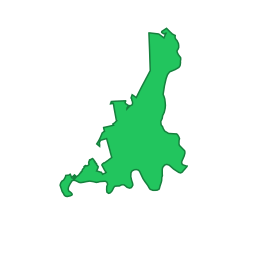 Horia, Neamt, Romania (Albers equal-area conic projection), rotated 57°
{"feature_id": "2599482B76936506644136", "entity_name": "Horia", "entity_type": "district", "adm_level": 2, "iso_a3": "ROU", "parent_name": "Romania", "parent_adm1": "Neamt", "projection": "albers", "projection_center": [26.909, 46.892], "detail": "fine", "context": "isolated", "style": "filled", "palette": "green", "viewbox_px": 256, "rotation_deg": 57, "n_neighbors": 0, "source": "geoboundaries", "source_scale": "gbopen_adm2", "svg_char_len": 5708}
<svg xmlns="http://www.w3.org/2000/svg" viewBox="0 0 256 256"><g transform="rotate(57 128 128)"><path d="M194.4,133.1L191.4,129.4L190.3,128.3L187.8,126.5L186.7,125.1L185.2,124.3L181.5,121.9L180.0,120.5L179.0,117.5L179.6,115.3L181.6,113.7L183.3,113.2L187.3,112.1L192.9,109.6L193.7,108.9L194.3,108.4L194.5,107.3L194.5,106.3L193.9,104.7L193.4,102.6L193.2,102.3L193.1,101.8L192.6,100.0L192.3,99.3L192.2,99.2L192.1,99.4L189.0,101.9L187.3,102.3L186.0,101.7L185.1,100.8L182.1,96.2L180.1,94.0L178.8,93.2L178.0,92.9L170.5,94.4L168.9,93.8L166.2,91.9L165.0,90.6L163.0,90.2L160.9,90.1L159.5,90.4L154.7,96.9L150.6,98.9L147.7,98.8L145.7,98.3L143.4,98.5L140.4,97.0L138.6,94.1L136.5,92.2L134.6,89.1L131.8,86.2L129.4,84.3L127.0,83.0L123.8,81.4L121.4,80.7L118.9,80.2L112.4,74.4L107.2,69.0L104.8,65.8L103.6,62.6L104.7,56.5L104.9,52.6L104.7,51.8L104.5,51.3L104.3,50.9L103.9,50.3L103.6,49.9L103.0,49.4L101.8,48.4L100.9,47.9L100.6,47.7L99.9,47.1L98.9,46.2L97.5,45.5L95.8,45.7L93.8,45.8L91.9,45.6L90.3,45.1L89.7,44.5L89.3,43.4L88.2,41.7L86.7,40.7L85.1,39.9L84.6,39.7L82.0,39.4L81.5,39.3L81.1,39.3L80.5,39.5L79.8,39.6L78.9,39.5L78.2,39.4L77.5,39.1L77.2,38.9L76.5,38.3L76.1,38.0L75.0,38.7L73.7,39.4L73.1,39.7L72.0,39.9L71.1,40.2L65.4,41.4L65.4,45.0L65.4,46.8L65.4,47.0L65.8,47.5L66.1,47.7L66.6,47.6L67.8,47.1L68.3,46.8L68.8,46.4L68.9,45.8L69.0,45.0L69.1,44.5L69.2,44.4L70.0,45.9L70.7,46.8L72.0,48.8L66.2,50.9L65.9,51.1L65.7,51.3L65.4,51.6L64.8,52.3L60.6,57.4L60.2,57.8L59.7,58.7L74.3,67.4L82.4,72.3L92.0,78.1L95.7,84.7L96.0,85.3L96.5,86.2L97.6,88.1L97.7,88.3L100.4,93.2L101.0,94.3L104.8,100.8L105.8,102.4L105.9,102.7L106.6,103.8L107.0,104.5L103.0,106.1L102.4,106.4L102.5,106.5L103.1,107.4L103.4,107.7L104.5,109.1L105.2,109.0L105.6,109.1L105.8,109.1L106.2,109.4L106.6,109.6L107.8,109.8L108.8,110.1L109.1,110.3L109.7,110.7L110.2,111.1L110.6,111.6L110.7,111.8L110.8,112.4L110.7,112.8L110.7,113.1L110.6,113.4L110.6,114.0L110.6,114.4L110.6,114.8L110.9,115.9L111.0,116.7L111.1,117.0L111.5,118.6L111.2,118.4L111.0,118.2L111.0,117.9L110.5,117.6L110.6,117.3L110.4,117.1L110.3,116.9L110.5,116.8L110.5,116.7L110.1,115.9L109.8,115.9L109.8,115.4L109.8,115.1L109.9,114.7L109.6,115.0L109.1,115.6L108.0,116.0L107.5,116.2L107.0,116.5L106.7,116.6L106.3,116.6L105.9,116.7L105.2,116.6L104.9,116.4L104.6,116.0L104.2,115.3L103.9,115.2L101.4,119.4L98.8,123.8L97.0,127.0L96.7,127.6L97.0,127.8L97.4,127.9L97.8,127.7L98.0,127.8L98.0,128.0L97.6,128.7L97.6,128.9L97.9,129.1L98.0,129.3L98.2,129.5L98.3,129.2L98.6,128.6L99.4,127.0L101.6,127.8L102.6,128.3L104.9,129.3L114.8,133.4L115.1,133.5L115.3,133.5L115.7,133.4L116.1,135.2L116.3,136.0L116.4,136.5L116.4,137.8L116.4,138.5L117.8,138.6L115.9,144.0L114.3,148.2L114.4,148.3L118.0,149.5L117.9,150.2L118.0,151.3L118.1,152.0L118.2,152.6L118.7,153.1L119.4,154.2L119.5,154.3L121.1,156.7L122.4,158.9L123.2,160.5L124.3,162.9L127.9,161.8L127.1,161.2L125.8,160.5L125.2,160.3L124.8,160.1L124.5,159.7L124.3,159.3L124.0,158.8L123.6,158.2L123.3,157.9L124.5,154.0L125.0,152.5L125.2,151.7L134.7,154.7L137.6,155.6L138.9,156.1L143.9,157.7L144.1,160.1L144.1,160.7L144.3,162.5L144.3,164.3L144.4,165.1L144.4,166.0L144.4,166.5L144.4,166.8L144.3,167.0L144.1,167.4L144.2,167.6L144.2,168.4L144.2,168.7L144.5,169.7L144.8,170.1L150.4,170.6L151.8,170.6L153.3,170.5L153.3,171.0L153.5,171.6L153.5,171.8L153.2,172.4L153.1,173.6L153.0,174.5L152.2,174.4L151.6,174.4L151.2,174.6L150.4,174.6L150.3,174.9L150.2,175.1L149.5,175.5L148.6,176.3L148.0,176.7L147.8,176.9L147.5,177.1L147.2,177.4L146.9,177.7L146.6,177.1L146.3,176.8L146.0,176.3L145.8,176.0L145.5,175.5L145.1,174.9L144.8,174.8L144.6,174.5L144.4,174.1L142.9,174.1L142.7,174.2L142.7,174.3L142.3,174.4L141.8,174.2L141.4,174.2L141.1,173.9L140.3,173.9L140.3,174.3L139.6,174.3L138.3,174.4L138.3,174.0L137.6,174.0L137.4,174.2L136.8,174.1L135.2,174.1L134.8,174.3L134.2,174.5L134.2,176.1L134.3,176.2L134.3,176.4L134.3,176.5L134.0,176.7L134.0,176.9L134.1,177.1L133.9,177.2L133.8,177.5L134.0,177.6L134.4,177.9L134.4,178.4L134.6,178.6L134.8,178.7L134.9,179.1L135.1,179.3L135.8,180.0L136.4,180.2L136.9,180.2L137.2,180.3L137.4,180.6L137.5,181.2L137.6,181.8L137.6,182.0L137.6,182.4L137.3,183.3L137.1,183.5L136.4,183.9L136.3,184.8L136.3,185.1L136.4,185.4L136.4,185.7L136.7,185.7L136.7,185.8L136.7,186.0L137.0,186.1L137.1,185.9L137.3,186.4L137.6,187.2L137.8,188.1L138.1,188.9L138.8,189.8L139.2,190.1L139.3,191.3L139.5,191.3L139.7,191.6L139.8,191.8L139.7,192.5L139.8,192.7L139.9,192.9L140.1,193.4L140.7,195.2L140.8,195.6L140.7,195.9L140.8,196.4L140.7,197.4L141.9,201.3L140.5,201.7L140.1,200.4L140.0,200.1L139.4,198.1L138.2,198.4L138.3,199.0L138.8,202.3L137.1,201.9L135.3,201.6L135.2,202.0L135.3,202.4L135.3,203.3L135.0,203.9L134.8,204.2L134.7,204.4L133.9,206.0L135.1,207.4L136.6,210.3L136.6,212.5L137.5,214.4L139.0,216.1L145.4,217.8L147.8,217.8L149.5,218.0L151.0,217.6L152.3,216.4L153.4,213.5L153.7,211.7L153.2,210.9L152.3,210.8L151.6,210.9L149.9,211.4L148.7,212.0L146.7,211.5L145.0,209.9L143.3,207.0L141.8,203.7L142.1,202.6L142.3,201.9L142.9,201.3L143.8,200.5L145.1,199.7L147.0,198.6L148.1,197.4L149.1,195.2L150.3,192.1L151.7,189.0L154.2,186.2L156.4,184.2L157.3,182.0L157.5,181.0L160.3,176.0L162.0,175.2L164.1,175.7L165.5,177.7L168.2,179.6L170.3,180.6L172.2,179.9L172.7,178.4L172.3,176.3L171.4,174.4L170.1,172.3L169.7,170.7L170.7,168.8L171.9,166.8L172.2,164.2L173.4,162.4L174.8,161.8L175.8,161.5L177.2,161.1L178.1,160.4L179.3,159.4L179.8,157.9L179.4,156.6L178.5,155.0L176.7,154.2L173.9,153.5L170.2,152.1L167.1,149.8L166.2,147.8L166.5,145.3L167.5,143.5L169.0,142.2L170.7,141.9L175.0,142.5L178.7,143.0L181.9,143.0L186.9,142.7L190.0,142.9L191.5,142.8L193.9,141.0L195.0,139.3L196.0,137.4L196.1,136.9L196.1,136.2L196.3,135.5L195.7,134.5L194.4,133.1Z" fill="#22c55e" stroke="#15803d" stroke-width="1.5"/></g></svg>